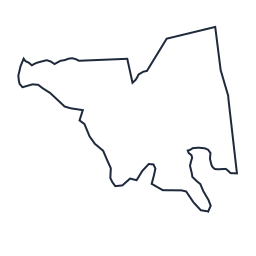 Dire, Timbuktu, Mali (Natural Earth projection), rotated 264°
{"feature_id": "8926073B18441291459751", "entity_name": "Dire", "entity_type": "district", "adm_level": 2, "iso_a3": "MLI", "parent_name": "Mali", "parent_adm1": "Timbuktu", "projection": "natural_earth1", "projection_center": [-3.375, 16.321], "detail": "fine", "context": "isolated", "style": "outline", "palette": "slate", "viewbox_px": 256, "rotation_deg": 264, "n_neighbors": 0, "source": "geoboundaries", "source_scale": "gbopen_adm2", "svg_char_len": 1405}
<svg xmlns="http://www.w3.org/2000/svg" viewBox="0 0 256 256"><g transform="rotate(264 128 128)"><path d="M146.6,230.9L149.6,231.0L175.9,226.2L219.4,225.3L212.8,175.8L182.8,152.8L182.4,149.1L180.2,144.2L177.1,142.2L175.0,140.5L172.5,137.2L196.9,134.5L200.0,86.2L201.8,83.5L203.2,79.9L203.2,76.4L202.1,72.0L201.9,67.9L199.3,61.6L202.1,58.3L203.9,54.3L203.6,51.9L203.3,49.8L202.5,44.7L201.7,41.9L200.4,38.9L203.3,36.2L205.2,33.0L207.9,31.5L206.8,30.9L206.6,30.8L200.7,27.6L191.5,24.4L186.7,24.4L183.2,24.8L179.6,27.3L179.6,27.5L181.4,37.6L180.3,43.3L176.7,47.0L170.9,54.3L156.0,67.2L153.6,73.0L150.5,84.9L140.6,80.6L136.5,85.1L123.7,88.9L115.7,93.4L108.0,100.9L97.9,104.0L89.8,106.7L80.1,105.2L75.7,106.8L71.5,109.3L71.5,116.4L77.5,124.8L75.2,131.1L83.8,137.7L90.0,144.9L89.1,149.5L84.8,151.0L77.5,148.6L70.0,145.7L62.5,156.1L60.4,174.6L58.8,179.2L47.3,185.3L38.6,191.8L36.7,198.9L36.6,199.0L42.0,202.1L47.8,200.6L57.3,196.3L64.6,194.1L67.8,191.0L72.6,186.9L76.5,186.7L83.9,185.7L86.5,186.6L87.7,187.0L89.5,187.7L89.9,187.9L91.7,188.7L94.5,188.2L96.2,186.3L96.6,185.8L99.3,185.1L99.3,185.3L99.8,187.5L100.1,188.2L101.2,190.3L101.1,192.7L101.1,195.9L99.7,202.5L98.0,205.4L94.5,207.4L93.6,207.2L88.5,206.3L83.5,207.0L81.3,207.5L79.7,208.5L78.1,210.1L77.5,213.4L77.3,217.7L77.2,218.9L77.1,221.0L74.3,223.8L73.0,224.6L72.3,225.8L71.5,231.6L146.6,230.9Z" fill="none" stroke="#1e293b" stroke-width="2"/></g></svg>